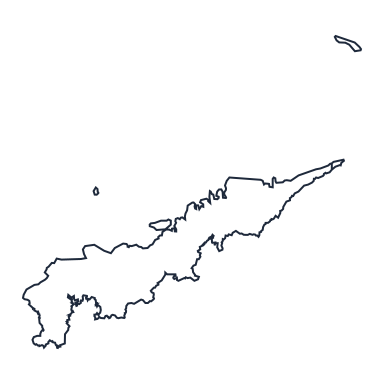 outline of Macuata, Northern, Fiji
{"feature_id": "14151628B42533076410957", "entity_name": "Macuata", "entity_type": "district", "adm_level": 2, "iso_a3": "FJI", "parent_name": "Fiji", "parent_adm1": "Northern", "projection": "robinson", "projection_center": [179.331, -16.232], "detail": "fine", "context": "isolated", "style": "outline", "palette": "slate", "viewbox_px": 384, "rotation_deg": 0, "n_neighbors": 0, "source": "geoboundaries", "source_scale": "gbopen_adm2", "svg_char_len": 5947}
<svg xmlns="http://www.w3.org/2000/svg" viewBox="0 0 384 384"><path d="M60.4,346.6L60.1,345.2L64.8,343.5L65.0,334.2L68.2,330.0L68.4,327.8L69.5,326.2L66.7,323.3L67.7,322.1L66.7,321.5L67.3,321.0L67.3,320.0L69.4,319.7L68.7,316.5L70.3,315.7L70.2,314.8L69.4,314.7L70.7,314.1L72.0,312.4L73.3,312.1L72.6,310.7L71.6,310.6L71.3,309.4L71.9,306.9L71.4,306.2L73.8,304.3L71.6,302.9L72.4,302.5L71.6,301.2L72.0,299.4L71.1,299.6L67.9,297.4L68.3,294.9L71.4,297.6L73.9,296.0L74.1,298.9L74.9,300.4L77.9,299.4L78.1,301.5L75.4,302.8L76.4,305.9L77.1,305.6L77.0,303.4L79.2,304.1L80.9,302.8L80.5,301.3L81.0,300.4L82.5,300.8L83.0,299.4L82.7,296.4L83.4,295.3L86.9,295.9L87.0,296.8L86.0,297.7L86.2,298.8L87.4,299.0L87.7,300.3L88.6,299.0L89.6,299.4L91.7,297.0L94.8,298.1L94.7,299.3L95.7,300.0L96.0,302.6L96.7,302.8L96.1,303.8L96.9,303.8L95.8,304.6L95.7,305.4L96.6,305.3L97.0,306.4L97.8,304.9L100.3,306.9L100.8,310.0L100.2,312.7L98.9,313.9L98.6,315.4L97.0,313.1L95.8,314.7L94.4,314.7L94.4,316.2L95.4,317.6L95.1,319.4L97.5,318.9L99.5,317.1L100.9,318.0L104.3,318.3L105.5,316.0L106.8,315.7L107.9,317.1L108.5,316.9L109.1,318.2L110.2,317.7L111.5,315.3L112.7,314.8L115.1,315.5L116.8,317.7L118.4,318.2L121.2,317.5L124.2,318.0L124.7,317.6L124.3,315.4L125.1,313.8L124.8,313.1L125.9,312.5L126.1,310.9L125.4,309.4L126.1,308.5L126.3,306.0L128.1,303.5L131.4,303.0L134.1,303.8L141.1,299.6L142.9,300.1L145.4,303.0L147.9,303.0L149.9,301.1L151.2,301.3L153.7,299.2L154.0,298.3L153.2,297.3L153.8,294.7L153.6,293.2L151.7,292.3L150.8,290.8L153.8,287.7L155.0,287.7L156.2,285.7L158.4,284.7L158.4,283.6L157.7,283.0L161.7,280.4L165.3,274.6L165.3,272.6L167.1,274.3L175.4,274.3L175.6,275.9L174.5,275.7L173.3,277.4L173.4,278.1L174.3,279.0L176.9,277.8L177.0,280.0L178.4,280.8L184.4,278.0L185.1,278.4L185.8,277.3L187.5,278.1L190.3,277.6L194.4,280.8L198.0,279.3L198.9,276.8L195.0,275.7L195.2,275.1L193.1,272.2L192.7,268.9L191.6,268.2L193.5,265.6L195.7,264.8L197.1,259.2L198.8,259.2L200.4,256.7L199.8,255.1L200.7,253.3L198.1,252.0L197.8,250.9L200.2,249.4L199.8,246.9L203.3,245.3L204.0,244.5L203.1,244.4L204.9,242.4L205.9,242.5L207.1,240.7L208.3,240.1L208.7,238.9L209.9,238.9L210.2,238.2L209.6,237.5L211.7,236.4L212.5,234.8L213.6,235.9L213.0,236.6L213.1,237.8L211.8,238.5L212.0,242.3L212.3,242.8L215.2,242.5L214.4,245.4L215.6,243.2L217.7,243.2L217.2,247.3L219.2,251.1L222.4,249.7L222.6,248.3L221.4,245.6L222.2,243.0L221.7,242.3L222.7,241.1L222.8,239.1L223.7,239.5L225.1,238.2L225.6,235.5L227.8,236.0L228.7,234.4L231.7,235.2L232.7,232.8L235.9,230.9L239.8,233.7L241.7,233.5L243.8,234.8L247.8,234.9L249.7,233.9L252.5,234.8L253.7,234.3L255.2,234.6L256.0,235.6L257.2,235.5L258.5,236.8L259.3,235.4L259.5,232.3L261.1,231.9L261.2,231.0L262.7,229.9L263.1,227.1L264.3,224.7L265.5,224.1L265.6,222.9L268.1,222.8L270.0,221.3L270.4,220.1L271.3,220.0L271.5,219.0L272.8,219.3L273.8,218.7L275.6,215.8L278.1,217.7L280.3,213.0L280.2,210.9L281.5,210.6L283.1,209.0L283.3,206.9L286.4,201.6L290.0,200.3L289.9,198.1L291.4,197.2L292.0,195.8L293.2,196.0L294.7,193.4L298.4,191.6L304.1,185.6L308.1,184.6L312.0,182.6L313.7,180.9L313.9,178.8L315.0,178.9L316.1,177.5L318.1,178.0L322.9,176.0L323.7,175.2L323.9,173.9L325.5,172.8L326.2,173.4L329.6,172.3L331.8,169.7L331.8,163.4L330.1,163.8L328.3,165.5L320.3,168.5L316.0,169.3L298.6,175.4L290.7,180.8L286.8,180.2L284.7,180.5L282.8,182.3L276.4,182.8L275.6,181.5L275.3,178.3L273.7,177.5L272.7,178.9L272.7,187.3L269.5,186.8L269.0,183.9L268.5,183.8L265.2,183.5L264.0,184.5L262.7,180.8L260.7,179.8L229.4,177.5L226.7,180.9L225.0,185.5L226.0,188.2L225.9,189.9L224.1,192.7L224.3,194.5L226.1,197.4L225.9,198.0L223.0,197.7L222.6,191.7L221.3,189.4L219.0,189.5L217.2,191.6L216.3,195.8L218.7,196.8L218.7,197.9L217.4,199.2L214.3,199.0L213.3,194.6L211.9,194.1L210.7,191.6L209.9,191.1L209.4,196.8L210.2,203.0L208.2,201.2L208.2,199.8L206.4,198.7L201.0,200.1L200.1,202.3L203.2,204.3L203.3,206.8L201.3,206.1L199.3,209.2L198.2,205.4L195.9,205.3L196.2,209.0L195.1,208.5L194.6,206.5L195.1,204.1L193.6,202.5L192.3,202.6L187.7,205.6L187.1,210.3L185.5,213.5L184.9,216.4L185.2,219.5L182.3,217.4L180.8,217.7L179.8,219.2L177.8,218.1L175.8,218.9L175.3,221.2L176.1,222.8L174.3,226.0L176.2,229.3L176.2,231.5L174.8,231.4L174.6,229.0L173.3,228.4L172.0,228.7L171.8,230.8L169.1,229.6L166.1,229.5L162.5,231.9L161.9,235.4L159.9,235.5L158.2,237.1L158.6,238.5L155.2,239.9L152.5,244.4L150.2,245.3L147.6,248.0L142.9,248.4L141.2,247.0L138.9,246.7L136.3,244.7L131.7,246.1L129.8,245.8L128.8,247.2L127.6,246.7L127.9,245.9L126.6,244.0L123.1,243.6L114.8,248.0L110.9,253.2L104.2,250.8L94.3,244.8L85.1,246.1L82.9,249.4L84.0,254.0L86.0,258.1L81.0,259.0L61.5,259.6L56.7,258.6L54.2,263.1L51.8,262.9L48.6,266.7L46.8,267.9L46.6,269.4L44.8,272.4L48.2,275.8L46.8,278.1L44.9,279.8L40.5,282.3L38.4,284.3L34.4,284.9L26.5,289.5L23.7,294.7L23.0,297.9L24.5,299.2L27.6,299.8L29.3,300.9L29.7,303.2L28.9,304.4L32.7,307.8L32.9,308.7L33.5,308.3L34.5,308.9L34.3,310.4L37.0,311.8L38.0,311.5L38.3,312.3L37.7,312.5L37.9,313.4L38.3,314.2L39.3,314.2L39.7,315.7L38.9,317.6L39.8,318.1L39.2,319.1L39.6,323.0L42.2,325.8L42.2,327.2L43.6,330.1L43.3,330.6L42.4,330.1L41.1,331.7L40.3,333.8L40.3,335.9L37.1,335.9L33.8,337.1L32.5,339.8L33.7,343.4L35.4,344.7L36.4,344.2L37.9,345.5L39.2,345.4L39.4,346.1L42.0,345.1L43.4,345.8L44.0,347.6L45.7,345.7L45.8,344.5L48.4,343.4L48.3,342.1L49.8,340.3L52.0,341.7L52.5,341.3L53.0,342.3L55.1,342.7L55.8,344.9L57.5,345.6L56.8,346.3L57.2,347.9L57.8,348.0L58.0,347.0L60.4,346.6ZM170.8,220.6L168.4,219.5L166.6,220.7L160.9,220.7L154.9,222.9L150.8,223.4L149.7,224.6L149.8,226.2L153.9,227.5L156.5,230.0L165.4,229.3L170.8,224.7L170.8,220.6ZM354.7,42.5L335.6,36.0L334.8,36.9L336.6,40.4L339.2,42.4L345.3,42.7L349.3,44.7L354.9,51.2L360.6,50.3L361.0,49.1L359.5,47.0L354.7,42.5ZM343.5,159.7L333.5,161.9L331.8,163.4L331.8,169.7L335.4,166.7L339.8,165.1L340.7,165.4L341.3,162.9L343.9,160.8L343.5,159.7ZM96.7,194.7L98.3,193.2L98.3,192.5L97.7,191.9L97.5,189.1L95.8,187.5L93.6,191.1L94.7,194.6L96.7,194.7Z" fill="none" stroke="#1e293b" stroke-width="2"/></svg>